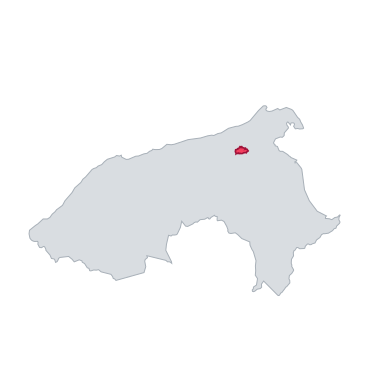 location of Celendin, Cajamarca, Peru, rotated 102°
{"feature_id": "86281439B17410503992322", "entity_name": "Celendin", "entity_type": "district", "adm_level": 2, "iso_a3": "PER", "parent_name": "Peru", "parent_adm1": "Cajamarca", "projection": "orthographic", "projection_center": [-78.179, -6.771], "detail": "fine", "context": "in_parent", "style": "filled", "palette": "rose", "viewbox_px": 384, "rotation_deg": 102, "n_neighbors": 0, "source": "geoboundaries", "source_scale": "gbopen_adm2", "svg_char_len": 5841}
<svg xmlns="http://www.w3.org/2000/svg" viewBox="0 0 384 384"><g transform="rotate(102 192 192)"><path d="M276.7,111.1L276.6,112.2L275.3,112.7L274.0,111.9L272.2,112.1L269.6,109.6L263.1,109.9L260.2,112.8L255.9,113.3L251.2,114.6L245.9,115.1L237.6,119.6L235.6,121.5L231.9,124.2L228.8,125.1L227.2,133.6L224.1,138.5L222.9,141.2L224.5,145.3L224.5,147.3L222.8,148.9L221.4,149.0L218.5,150.8L214.2,154.5L213.4,157.3L214.8,161.1L214.3,161.6L210.8,162.2L210.9,164.4L210.1,165.2L213.0,168.2L214.7,169.0L214.8,169.7L214.5,170.5L213.8,170.8L213.8,171.5L215.9,173.8L217.4,178.3L220.4,180.5L220.5,182.0L221.4,183.4L223.0,184.5L226.6,189.1L226.7,191.2L222.7,196.0L229.1,196.0L236.2,197.7L237.1,198.5L237.9,200.7L238.0,202.1L239.4,203.3L239.2,205.9L248.5,206.1L254.5,205.5L264.4,197.6L266.0,197.0L265.1,198.7L265.0,200.0L265.4,201.4L264.3,203.3L263.7,222.9L265.5,221.9L267.7,223.7L269.4,223.9L274.7,221.7L280.8,222.2L294.3,248.0L293.0,249.7L293.0,251.0L291.2,252.1L289.4,254.1L289.0,264.3L287.4,267.3L288.2,268.9L288.8,272.1L290.0,274.1L290.3,275.3L290.1,275.8L288.1,276.9L287.9,278.7L284.3,282.2L283.5,284.7L282.2,285.4L281.8,288.2L284.8,292.7L282.7,295.3L280.7,299.3L283.5,307.6L284.8,308.8L286.1,308.8L288.2,309.5L289.2,310.8L286.6,312.3L286.2,313.0L286.2,315.7L283.3,317.7L279.4,322.8L278.3,323.1L276.4,324.6L276.0,325.4L276.3,326.1L277.8,327.7L277.9,329.6L275.1,331.9L273.2,332.1L272.4,332.7L273.1,335.9L273.0,337.4L272.4,339.1L270.9,340.9L266.8,342.7L263.2,343.0L257.2,338.1L255.3,336.2L249.3,332.0L248.4,327.8L246.4,325.7L242.7,324.1L239.7,321.8L237.5,320.8L232.0,315.9L226.9,314.4L217.5,309.2L212.3,307.5L205.8,302.7L202.2,301.4L199.4,299.2L190.7,294.4L189.4,292.9L188.1,290.6L186.1,289.2L184.0,286.0L180.7,284.1L177.6,281.6L173.8,274.9L172.0,273.4L171.9,270.3L170.7,268.9L172.5,268.0L173.8,263.2L173.2,260.9L168.7,254.5L167.9,251.8L164.7,247.0L163.5,244.0L160.9,241.9L159.8,240.0L158.3,239.3L158.2,237.0L157.2,232.7L155.8,230.6L150.6,226.5L150.1,222.1L148.9,219.1L141.6,206.7L137.4,194.9L133.8,188.3L132.3,184.5L132.2,182.4L129.5,178.9L128.1,175.7L122.1,169.5L118.6,162.6L118.1,160.6L115.7,156.8L111.9,151.9L110.0,150.0L98.5,143.9L93.0,140.2L92.4,138.3L92.6,137.2L93.8,136.2L95.5,137.0L96.5,136.6L97.2,135.3L97.2,133.2L96.2,130.6L92.5,125.5L93.5,123.2L89.7,117.3L90.6,111.6L91.4,110.1L97.0,104.3L98.5,101.8L100.9,100.2L103.4,97.9L106.3,96.1L107.1,96.7L108.0,99.8L107.9,101.8L108.7,104.1L106.7,106.2L104.5,105.8L103.6,106.3L103.3,107.3L103.6,108.9L104.2,109.6L105.9,109.6L103.6,112.7L103.8,113.3L105.4,113.8L106.9,113.0L108.4,111.3L109.4,111.0L115.0,114.0L117.7,113.6L119.7,115.0L119.9,117.2L122.7,121.4L126.9,122.5L127.6,122.1L128.6,120.5L129.5,120.3L129.7,117.9L133.4,115.4L133.9,113.7L133.4,112.4L133.5,111.5L135.6,105.9L136.3,105.3L136.9,103.5L137.7,102.4L139.0,96.1L140.0,96.2L140.9,97.6L142.1,97.3L141.5,95.9L141.6,95.4L145.7,90.4L147.0,89.3L166.5,82.4L176.2,75.4L184.8,65.5L187.5,55.5L188.5,56.2L190.1,56.0L189.6,51.9L190.0,50.0L189.9,49.4L187.3,47.0L186.2,44.4L183.8,42.9L183.9,42.3L186.4,42.9L188.6,42.6L190.6,41.0L192.0,41.2L195.2,43.4L197.5,43.7L198.3,45.3L200.6,46.5L203.9,50.0L205.3,53.7L205.2,54.4L206.7,56.4L209.9,57.4L213.0,60.2L216.3,61.1L217.7,63.6L218.6,64.4L219.1,65.8L218.6,67.5L219.0,68.4L221.5,69.9L223.5,70.0L224.0,70.7L225.1,74.9L224.3,76.9L224.6,78.1L227.4,79.1L228.1,80.0L230.3,80.3L233.3,79.4L237.1,80.7L240.0,80.3L241.4,80.0L242.7,79.1L243.9,79.1L246.9,76.5L247.7,76.3L250.9,77.5L253.5,79.4L256.8,79.1L258.2,78.0L260.6,77.4L264.9,79.7L265.8,80.7L267.0,81.0L271.6,83.2L272.4,84.2L274.8,85.0L275.3,85.8L275.2,86.6L264.2,103.4L267.6,104.9L270.7,104.1L272.3,105.2L273.5,108.0L275.9,109.9L276.7,111.1Z" fill="#d9dde1" stroke="#a8b0b8" stroke-width="1"/><path d="M144.7,155.2L144.7,154.9L144.6,154.7L144.4,154.6L144.6,154.4L144.6,154.2L144.6,153.9L144.6,153.7L144.6,153.4L144.2,153.2L144.3,153.1L144.4,152.9L144.4,152.7L144.3,152.4L144.3,152.1L144.2,152.0L144.2,151.9L144.3,151.9L144.2,151.9L144.2,151.7L144.1,151.4L144.0,151.2L143.9,151.0L143.9,150.9L143.9,150.7L143.8,150.4L143.7,150.4L143.4,150.2L143.1,150.0L143.0,149.9L142.9,149.8L142.9,149.7L143.0,149.7L142.9,149.5L142.9,149.4L142.8,149.1L142.7,149.1L142.7,148.9L142.7,148.7L142.4,148.5L142.4,148.4L142.5,148.3L142.5,148.2L142.4,148.2L142.4,147.9L142.3,147.7L142.2,147.6L142.2,147.4L141.9,147.3L141.8,147.2L141.7,147.1L141.8,147.0L141.7,147.0L141.6,146.9L141.5,146.7L141.4,146.7L141.2,146.7L141.1,146.4L140.9,146.2L140.7,145.9L140.5,145.7L140.4,145.7L140.2,145.6L140.1,145.8L140.1,145.7L139.9,145.7L139.8,145.8L139.7,145.9L139.7,146.0L139.5,146.3L139.4,146.6L139.2,146.6L138.9,146.7L138.8,146.8L138.7,147.0L138.6,147.3L138.6,147.6L138.8,147.8L138.9,148.0L138.8,148.3L138.9,148.5L139.0,148.6L139.1,148.8L138.9,148.7L138.7,148.6L138.4,148.7L138.0,149.0L137.9,149.0L138.0,149.3L138.1,149.5L138.1,149.8L138.3,150.0L138.3,150.3L138.3,150.5L138.2,150.6L138.1,150.9L138.0,151.0L138.0,151.3L138.0,151.5L138.2,151.8L138.1,152.0L138.2,152.3L138.0,152.5L137.9,152.7L137.7,152.6L137.6,152.8L137.5,153.0L137.2,152.9L137.2,153.0L137.3,153.1L137.4,153.5L137.6,153.8L137.6,154.0L137.6,154.3L137.6,154.5L137.8,154.5L138.0,154.7L138.3,154.5L138.4,154.4L138.4,154.5L138.5,154.6L138.8,154.7L138.9,154.8L139.0,154.9L139.1,155.0L139.4,155.4L139.5,155.4L139.5,155.5L139.6,155.8L139.8,156.0L140.1,156.3L140.3,156.2L140.3,156.3L140.5,156.4L140.6,156.5L140.8,156.5L141.0,156.8L141.1,157.1L141.2,157.3L141.3,157.3L141.4,157.5L141.5,157.6L141.6,157.8L141.6,158.1L141.8,158.1L142.0,158.2L142.4,158.1L142.5,158.1L142.8,158.1L142.8,157.9L143.0,157.8L143.4,157.9L143.5,157.8L143.8,157.9L144.0,157.7L144.3,157.5L144.3,157.4L144.6,157.2L144.8,157.1L145.1,157.0L145.1,156.9L145.3,156.8L145.5,156.8L145.3,156.6L145.2,156.5L145.2,156.4L145.2,156.2L145.0,155.9L144.9,155.9L144.9,155.7L144.7,155.5L144.6,155.4L144.8,155.3L144.8,155.2L144.7,155.2Z" fill="#f43f5e" stroke="#9f1239" stroke-width="1.5"/></g></svg>